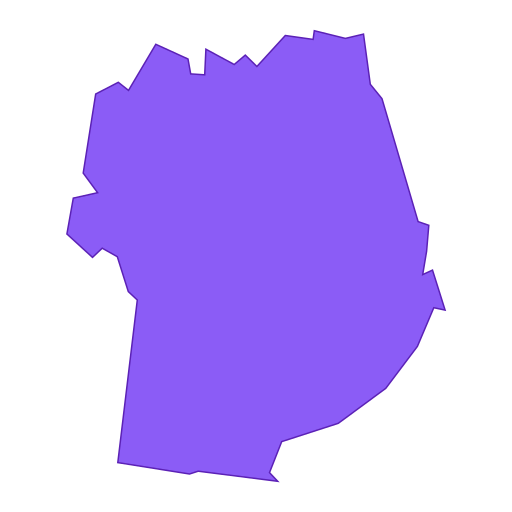 Smith, Tennessee, United States of America, rotated 180°
{"feature_id": "52423323B17760103371200", "entity_name": "Smith", "entity_type": "district", "adm_level": 2, "iso_a3": "USA", "parent_name": "United States of America", "parent_adm1": "Tennessee", "projection": "natural_earth1", "projection_center": [-85.954, 36.255], "detail": "fine", "context": "isolated", "style": "filled", "palette": "violet", "viewbox_px": 512, "rotation_deg": 180, "n_neighbors": 0, "source": "geoboundaries", "source_scale": "gbopen_adm2", "svg_char_len": 683}
<svg xmlns="http://www.w3.org/2000/svg" viewBox="0 0 512 512"><g transform="rotate(180 256 256)"><path d="M234.3,30.7L242.5,39.4L230.3,70.4L173.7,88.7L126.2,123.7L94.6,165.6L78.2,204.3L66.9,201.9L79.5,241.9L89.3,237.4L85.4,260.7L83.2,286.7L93.9,290.4L130.0,413.3L141.7,427.7L148.5,477.9L166.6,473.6L197.7,481.3L198.9,472.6L226.7,476.5L255.1,445.5L266.7,456.9L277.8,447.5L306.1,462.8L307.3,437.2L321.3,438.1L324.0,453.0L356.2,467.7L383.5,421.6L393.7,429.7L416.3,418.0L428.8,338.9L414.4,319.3L438.7,313.9L445.1,278.0L419.5,254.6L409.8,263.8L394.7,255.3L383.7,220.4L374.7,212.0L394.2,49.4L322.5,38.0L313.8,40.8L234.3,30.7Z" fill="#8b5cf6" stroke="#5b21b6" stroke-width="1.5"/></g></svg>